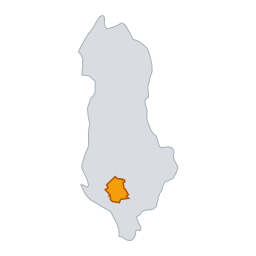 location of Tepelenë, Gjirokastër, Albania
{"feature_id": "67620474B25662331989090", "entity_name": "Tepelenë", "entity_type": "district", "adm_level": 2, "iso_a3": "ALB", "parent_name": "Albania", "parent_adm1": "Gjirokastër", "projection": "mercator", "projection_center": [19.977, 40.343], "detail": "fine", "context": "in_parent", "style": "filled", "palette": "amber", "viewbox_px": 256, "rotation_deg": 0, "n_neighbors": 0, "source": "geoboundaries", "source_scale": "gbopen_adm2", "svg_char_len": 1794}
<svg xmlns="http://www.w3.org/2000/svg" viewBox="0 0 256 256"><path d="M81.9,75.0L82.1,71.2L83.0,65.2L82.5,63.2L83.0,59.7L81.3,55.1L78.4,51.8L81.2,46.0L85.2,38.9L88.9,33.2L93.4,27.4L96.4,21.7L99.6,16.9L102.4,15.4L103.8,16.4L104.5,18.5L104.3,24.8L105.3,27.0L107.2,28.6L111.2,27.8L115.7,26.2L121.8,22.9L122.8,23.1L125.0,24.8L129.7,32.4L132.8,39.1L138.9,41.4L142.3,44.0L146.7,47.9L148.8,51.9L151.8,64.0L152.1,71.3L151.2,74.6L150.5,75.5L147.8,87.3L148.4,93.3L148.4,97.3L146.1,98.9L144.6,101.3L147.1,111.2L146.8,115.3L146.9,120.1L151.3,131.0L154.0,134.4L156.3,136.0L159.3,146.0L161.1,147.7L168.5,146.8L172.0,147.9L173.5,150.2L173.8,151.9L173.3,157.4L175.1,161.7L177.6,166.2L177.6,168.9L175.9,173.3L173.0,178.4L169.1,180.4L164.8,182.0L162.8,186.0L161.7,190.3L159.8,193.4L158.6,196.8L156.8,203.9L156.4,206.4L153.5,209.0L149.0,210.0L145.0,210.2L142.3,211.4L140.9,213.8L138.3,215.8L136.8,216.6L136.8,218.7L138.7,223.2L140.8,226.8L140.8,229.7L139.8,230.5L136.5,230.1L135.8,231.2L135.5,234.4L134.6,237.1L133.2,238.8L130.9,240.6L126.6,240.0L122.6,237.3L120.5,236.4L119.2,236.5L118.9,229.8L117.2,224.5L110.8,211.9L90.0,199.5L85.1,194.0L82.9,189.3L80.8,184.9L82.8,184.8L84.9,185.9L87.5,187.2L88.5,185.0L87.4,180.2L82.1,168.9L81.7,165.8L84.3,156.3L88.7,145.6L88.4,132.6L89.7,122.8L88.2,116.5L87.5,108.6L90.7,98.2L93.5,95.6L95.1,92.3L95.2,81.2L89.1,75.9L81.9,75.0Z" fill="#d9dde1" stroke="#a8b0b8" stroke-width="1"/><path d="M115.2,176.6L106.6,184.8L107.5,186.3L108.2,187.8L105.2,189.7L110.0,194.9L108.9,195.9L110.4,196.5L110.4,199.6L112.4,201.5L119.3,202.7L120.6,199.4L128.6,198.3L126.3,196.2L128.4,194.6L125.0,188.9L123.9,188.3L123.5,185.1L123.0,182.8L124.9,181.8L124.6,180.1L123.0,180.2L122.8,179.2L121.6,179.1L119.8,178.9L116.9,178.3L115.2,176.6Z" fill="#f59e0b" stroke="#b45309" stroke-width="1.5"/></svg>